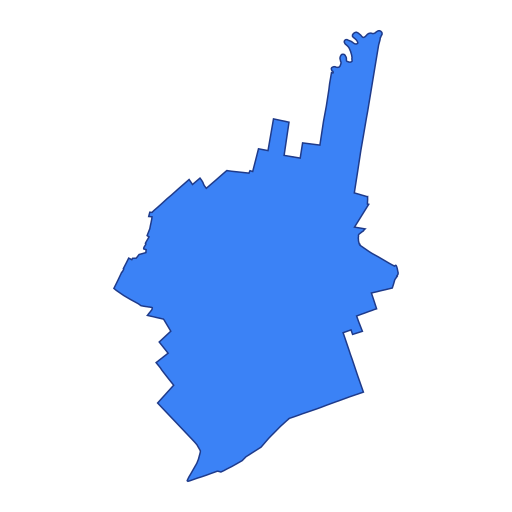 Agris, Satu Mare, Romania
{"feature_id": "2599482B4791567573322", "entity_name": "Agris", "entity_type": "district", "adm_level": 2, "iso_a3": "ROU", "parent_name": "Romania", "parent_adm1": "Satu Mare", "projection": "mercator", "projection_center": [23.018, 47.884], "detail": "fine", "context": "isolated", "style": "filled", "palette": "blue", "viewbox_px": 512, "rotation_deg": 0, "n_neighbors": 0, "source": "geoboundaries", "source_scale": "gbopen_adm2", "svg_char_len": 5220}
<svg xmlns="http://www.w3.org/2000/svg" viewBox="0 0 512 512"><path d="M397.2,276.3L396.8,276.0L397.1,275.6L397.9,274.5L398.1,273.6L398.1,272.6L397.8,271.4L397.2,268.3L396.6,266.5L396.3,265.9L396.1,265.5L395.7,265.3L395.2,265.5L394.5,266.1L391.8,264.7L389.1,263.2L384.7,260.6L378.2,256.8L376.0,255.6L372.0,253.4L369.3,251.7L359.9,245.2L359.9,244.9L360.0,244.5L359.8,244.1L359.3,244.0L359.1,243.3L358.8,242.2L358.5,241.0L358.4,239.3L358.4,238.6L358.2,238.1L358.4,237.2L358.5,236.5L358.4,235.8L358.5,234.9L359.0,234.2L360.1,233.3L361.3,232.4L362.2,231.7L363.3,231.0L363.7,230.5L364.2,229.7L365.1,228.9L354.5,227.1L368.7,204.3L367.4,204.0L367.6,199.9L367.6,197.1L367.6,196.6L367.2,196.7L366.0,196.3L363.3,195.5L361.8,195.1L359.2,194.3L354.3,192.9L357.6,171.8L360.8,150.7L363.3,136.3L366.5,117.6L367.6,111.6L370.6,93.5L374.2,71.6L378.6,45.1L380.0,39.9L380.3,37.6L380.7,37.2L381.0,36.4L381.1,36.0L381.3,35.6L381.6,35.3L381.6,34.9L382.1,34.2L382.0,32.8L381.6,32.1L380.6,31.1L379.4,30.7L378.2,30.8L376.6,31.7L375.8,32.3L375.0,33.0L373.8,33.5L372.6,33.6L371.7,33.3L370.8,33.1L369.8,33.2L369.1,33.4L368.4,33.6L367.2,34.5L366.5,35.3L365.1,36.7L363.8,37.4L363.0,37.4L362.0,36.7L360.5,34.9L359.7,34.3L358.9,33.6L358.0,32.9L356.4,32.2L355.3,32.4L354.7,32.7L354.1,33.0L353.7,33.4L353.3,33.7L352.9,34.3L352.5,34.9L352.5,35.4L352.4,36.0L352.5,36.3L352.6,36.5L353.0,37.0L353.5,37.5L354.1,38.0L354.7,38.4L355.5,39.2L356.4,40.0L356.8,40.7L357.3,41.3L357.5,41.9L357.8,42.5L357.7,43.3L357.4,43.5L356.5,44.0L355.1,43.9L353.8,43.3L352.0,41.9L351.2,41.4L350.3,41.0L349.4,40.7L348.2,40.2L347.0,39.6L346.1,39.6L345.3,39.9L344.9,40.3L344.5,40.7L344.4,41.3L344.2,41.9L344.5,42.6L344.8,43.3L345.4,44.2L346.3,44.9L347.1,45.6L347.6,46.1L348.0,46.5L348.5,47.1L349.0,47.8L349.4,48.7L349.8,49.5L350.2,50.6L350.7,51.7L350.9,52.6L351.2,53.5L351.5,54.6L351.7,55.4L351.8,56.2L352.0,57.2L352.0,57.8L351.9,58.4L351.9,58.9L351.9,59.4L352.0,59.8L352.1,60.2L352.1,61.1L351.4,61.7L350.4,62.2L349.0,62.1L348.1,61.7L347.0,61.4L346.5,60.8L346.4,60.1L346.4,58.9L346.4,58.5L346.3,57.7L345.8,56.5L345.5,56.1L345.2,55.7L345.2,55.4L344.8,55.0L344.5,54.6L344.1,54.5L343.7,54.3L342.9,54.3L342.1,54.3L341.4,54.7L340.9,55.5L340.4,56.3L340.2,57.1L340.0,57.8L340.0,58.8L340.4,60.1L340.5,61.1L341.0,62.1L341.0,63.2L340.6,64.7L339.8,66.5L338.8,67.2L337.5,67.4L336.0,67.2L335.1,66.7L333.8,66.7L333.2,66.9L332.6,67.1L332.1,67.4L331.6,67.8L331.5,68.2L331.3,68.7L331.4,69.2L331.5,69.5L331.9,70.7L332.1,70.7L332.8,71.3L333.2,72.1L333.1,72.7L332.9,73.0L331.5,72.7L329.6,83.7L328.9,89.5L326.3,106.3L323.5,121.3L319.9,145.1L302.6,142.9L300.2,158.1L284.1,155.4L289.0,122.2L273.5,118.9L268.0,150.6L258.5,148.8L255.6,160.2L252.7,171.5L250.0,170.7L248.9,173.2L248.6,173.1L243.3,172.5L231.1,171.2L230.6,171.1L227.4,170.7L227.0,170.5L225.9,171.3L225.4,171.7L224.7,172.4L223.7,173.2L217.9,178.3L215.5,180.4L206.3,188.3L205.4,187.1L204.4,185.8L203.6,184.3L202.9,182.4L202.3,181.4L201.5,180.1L200.0,178.1L192.5,184.5L189.1,179.5L178.2,189.0L173.4,193.3L171.4,195.1L167.2,198.6L160.8,204.5L154.4,210.1L152.7,211.7L152.1,212.4L149.8,212.2L148.7,216.5L152.0,216.8L151.9,217.9L151.8,218.8L151.6,219.8L151.1,222.4L150.4,225.6L149.8,228.8L149.1,230.5L148.4,232.3L147.1,235.6L149.0,236.9L148.9,237.1L146.2,241.8L145.4,243.3L145.8,243.7L145.8,244.3L145.1,245.5L144.3,246.7L144.0,247.4L143.7,248.1L143.7,248.4L143.7,248.8L143.8,249.0L146.1,249.6L145.9,252.6L142.4,253.6L139.1,254.5L136.2,258.2L132.6,258.3L131.8,259.7L128.7,258.1L126.1,263.3L123.4,268.5L123.7,268.7L123.7,269.2L122.3,271.9L121.7,272.2L120.8,274.2L117.9,280.3L115.6,285.0L113.9,288.4L116.3,290.4L123.7,295.5L127.1,297.5L130.5,299.5L134.4,301.6L138.4,303.8L141.0,305.7L142.2,305.9L143.1,306.1L144.3,306.3L146.2,306.6L147.2,306.7L148.8,307.0L150.1,307.1L150.3,307.2L151.7,307.4L152.2,307.6L152.3,307.9L152.2,308.4L152.1,308.9L152.0,309.5L150.4,311.6L148.3,314.2L147.9,314.8L147.4,315.4L163.4,319.1L164.0,319.8L170.8,331.2L159.2,342.0L168.1,353.2L156.1,362.6L160.4,367.9L161.6,369.8L164.2,373.2L168.8,379.1L171.6,382.6L172.9,384.2L173.7,385.2L157.6,403.0L168.0,414.0L176.1,422.5L194.3,441.7L196.9,444.7L200.2,450.5L200.4,450.8L200.3,452.1L200.0,453.4L198.4,459.3L198.0,460.3L196.8,463.3L192.8,470.3L190.8,473.8L189.0,476.8L188.2,478.4L187.5,479.9L187.2,480.7L187.9,481.3L189.8,480.8L197.4,478.1L201.3,476.9L206.3,475.2L211.4,473.3L215.1,472.0L215.6,471.8L217.3,471.2L217.9,471.2L220.9,472.0L224.1,470.5L226.1,469.4L228.0,468.4L231.8,466.5L238.2,462.9L242.2,460.6L245.9,456.8L261.1,447.1L268.6,438.4L271.2,435.7L274.4,432.5L279.2,427.6L280.5,426.3L286.8,420.6L289.0,418.7L288.9,418.6L289.4,418.3L289.5,418.3L291.0,417.8L292.5,417.3L295.7,416.2L298.8,415.1L302.3,413.8L309.1,411.5L316.7,408.9L321.1,407.3L326.8,405.1L350.2,396.6L351.7,396.1L363.4,392.1L357.7,375.8L352.1,359.1L350.3,354.1L349.1,350.4L343.1,332.7L351.0,329.9L352.6,334.4L362.4,331.3L358.6,321.6L356.6,316.0L357.7,315.6L359.8,314.8L361.7,314.1L364.3,313.2L365.9,312.6L369.1,311.4L372.3,310.3L374.3,309.5L376.6,308.8L375.3,304.8L374.0,300.8L373.0,297.8L372.0,294.8L371.4,293.0L373.5,292.5L377.0,291.7L380.5,290.8L383.1,290.2L385.7,289.6L389.0,288.8L392.3,288.0L393.6,283.9L394.8,279.7L395.9,278.1L396.2,277.7L397.2,276.3Z" fill="#3b82f6" stroke="#1e3a8a" stroke-width="1.5"/></svg>